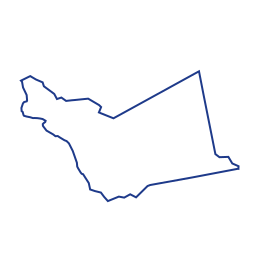 outline of Alameda, California, United States of America, rotated 349°
{"feature_id": "52423323B34460466024259", "entity_name": "Alameda", "entity_type": "district", "adm_level": 2, "iso_a3": "USA", "parent_name": "United States of America", "parent_adm1": "California", "projection": "equal_earth", "projection_center": [-122.096, 37.68], "detail": "fine", "context": "isolated", "style": "outline", "palette": "blue", "viewbox_px": 256, "rotation_deg": 349, "n_neighbors": 0, "source": "geoboundaries", "source_scale": "gbopen_adm2", "svg_char_len": 1093}
<svg xmlns="http://www.w3.org/2000/svg" viewBox="0 0 256 256"><g transform="rotate(349 128 128)"><path d="M32.0,61.1L32.8,62.4L32.7,68.2L34.8,76.3L34.3,80.8L34.2,81.7L33.7,82.5L31.0,82.7L29.6,83.8L27.2,88.0L26.8,91.1L27.7,92.2L27.9,95.3L28.3,96.2L30.7,97.4L34.1,98.8L36.5,100.1L38.3,100.4L40.8,101.0L43.5,101.9L45.9,102.9L48.5,105.2L47.9,106.3L46.2,107.1L45.1,107.9L44.9,109.6L45.4,110.8L47.5,115.0L53.4,120.1L55.2,122.2L57.5,122.5L59.0,124.0L63.3,127.9L65.2,129.1L67.0,131.7L67.1,131.9L69.4,140.0L70.9,150.3L71.2,152.3L70.8,156.2L71.4,158.2L73.0,162.6L73.8,164.1L75.1,164.8L79.0,174.6L79.1,180.1L79.1,181.1L83.5,183.6L89.1,186.2L91.4,191.0L94.3,195.9L105.9,193.6L111.0,195.6L117.5,193.5L122.7,197.6L136.1,188.7L138.9,188.2L182.2,188.8L228.4,189.0L228.6,189.1L229.2,186.6L223.6,182.7L221.0,175.5L212.2,174.1L208.8,170.3L208.5,108.5L208.5,85.9L203.8,87.4L135.3,109.4L115.6,115.7L102.4,107.2L105.6,102.3L104.0,100.0L94.5,91.6L80.3,90.3L78.6,90.1L72.4,89.6L68.4,85.4L63.8,86.0L62.1,80.5L53.4,71.0L52.9,66.9L47.0,62.9L41.9,58.4L32.0,61.1Z" fill="none" stroke="#1e3a8a" stroke-width="2"/></g></svg>